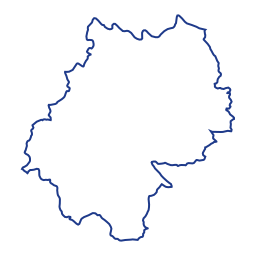 outline of Moc Chau, Son La, Vietnam
{"feature_id": "81297802B18330735489877", "entity_name": "Moc Chau", "entity_type": "district", "adm_level": 2, "iso_a3": "VNM", "parent_name": "Vietnam", "parent_adm1": "Son La", "projection": "orthographic", "projection_center": [104.628, 20.87], "detail": "fine", "context": "isolated", "style": "outline", "palette": "blue", "viewbox_px": 256, "rotation_deg": 0, "n_neighbors": 0, "source": "geoboundaries", "source_scale": "gbopen_adm2", "svg_char_len": 5736}
<svg xmlns="http://www.w3.org/2000/svg" viewBox="0 0 256 256"><path d="M87.0,51.5L87.2,52.1L88.0,52.9L90.6,54.3L90.6,54.6L89.0,55.3L87.7,56.5L87.8,58.0L87.4,59.1L86.0,60.8L84.4,63.7L83.6,66.3L83.3,66.5L82.4,66.3L78.6,63.7L77.8,63.4L76.8,63.7L72.7,69.9L69.1,71.7L66.6,71.9L65.1,71.8L65.0,72.1L65.3,73.4L66.4,75.9L67.4,79.4L68.9,81.8L68.9,82.5L67.6,84.7L67.2,85.7L67.5,86.5L68.5,87.3L69.4,87.7L69.7,88.4L69.4,89.9L68.9,91.0L68.6,91.1L66.9,91.1L66.4,91.6L65.6,93.6L65.0,95.5L64.4,96.8L63.5,97.8L61.8,99.2L57.4,102.0L56.6,103.3L55.2,104.0L50.5,104.9L48.8,104.9L48.6,105.4L49.2,107.8L50.1,109.5L50.5,111.1L50.3,112.0L48.8,114.7L48.8,115.4L50.6,117.5L50.8,119.8L50.7,120.1L47.7,119.5L46.4,119.7L44.8,119.3L43.3,119.5L42.6,120.2L42.0,119.9L41.0,119.9L36.7,121.7L32.5,125.2L32.5,125.5L33.4,127.6L33.0,128.6L31.6,129.7L31.2,130.5L31.2,131.0L31.7,132.1L31.9,133.0L32.0,134.2L31.8,135.0L31.1,135.9L30.9,137.0L30.0,139.4L29.1,140.5L28.0,140.9L27.6,141.2L27.2,141.8L26.6,143.4L26.9,145.9L25.5,150.6L25.2,150.9L24.7,152.3L24.8,152.8L25.6,153.6L26.1,154.0L27.9,154.9L29.2,156.3L29.7,157.2L30.0,158.7L30.0,160.6L29.9,161.1L29.3,162.2L26.9,165.3L24.5,166.8L23.2,167.3L22.7,167.7L22.0,169.0L23.0,169.5L24.3,170.9L26.3,172.1L27.4,173.2L27.8,172.8L28.4,171.5L30.2,170.0L31.6,170.0L33.9,169.7L36.8,168.8L38.5,169.1L39.2,170.6L39.3,174.9L39.5,176.0L40.8,178.6L42.2,179.6L43.7,180.1L45.7,179.8L48.2,180.0L48.5,179.8L49.6,179.6L50.0,179.7L50.2,180.2L50.1,181.5L50.1,181.9L50.5,182.7L51.2,183.4L52.2,183.9L53.9,185.2L56.4,186.1L56.8,186.4L57.2,187.1L57.4,188.0L57.2,190.3L57.6,193.8L58.0,195.3L59.4,197.5L59.7,198.2L59.9,199.3L59.8,203.6L59.5,206.6L59.7,207.9L60.4,209.9L61.7,211.5L62.0,213.5L62.3,214.2L63.1,215.2L64.9,216.9L66.8,217.2L68.6,216.6L70.3,216.9L70.4,217.4L69.5,218.7L69.7,219.1L70.3,219.5L71.6,219.7L73.3,220.8L76.5,223.7L78.1,224.6L79.3,223.9L81.2,219.3L81.8,218.6L84.0,217.1L88.7,215.2L92.7,213.1L93.7,213.1L95.5,213.4L97.5,215.2L99.6,215.0L100.3,215.6L101.7,217.8L102.6,218.6L104.5,219.9L107.0,222.0L109.2,224.0L110.1,225.5L110.9,227.0L111.4,228.7L110.9,231.3L110.4,233.4L110.4,234.8L110.9,235.5L112.2,236.0L113.0,236.6L114.6,238.4L115.8,238.9L117.1,238.8L117.8,239.0L118.4,239.4L119.0,240.0L120.0,240.5L121.4,240.6L125.2,240.0L131.1,239.6L132.7,239.4L137.7,239.9L138.5,238.8L139.4,237.9L140.8,237.1L142.5,236.8L142.7,236.5L143.1,235.7L143.2,233.7L143.9,232.9L144.2,232.4L144.2,230.3L144.3,230.1L145.7,229.1L146.7,228.7L147.6,228.5L147.7,228.3L147.6,228.2L146.5,227.9L146.0,227.6L144.8,226.7L144.3,226.0L143.8,224.9L143.6,223.7L143.7,222.5L143.6,221.8L143.0,220.6L143.2,219.4L143.6,218.3L145.4,216.4L146.9,213.8L147.6,212.0L148.6,210.0L149.0,207.2L149.1,204.5L148.6,199.1L148.8,197.4L149.1,196.4L149.4,196.0L151.3,195.8L153.9,194.9L155.4,193.6L156.6,192.2L157.0,190.0L157.4,189.3L159.6,187.1L161.3,184.7L161.8,184.2L164.9,186.3L166.1,186.9L168.2,187.2L171.6,186.9L171.7,186.1L170.9,184.0L169.4,183.0L167.0,181.1L163.4,177.8L161.4,175.7L159.7,173.2L155.0,168.4L153.9,166.5L152.4,164.6L151.6,162.5L151.9,161.9L153.8,161.5L155.3,161.5L156.0,161.9L158.0,163.8L158.9,163.9L161.9,163.6L164.1,163.2L164.7,162.9L165.5,162.9L167.4,163.9L170.7,165.1L172.3,165.2L174.7,164.9L176.4,164.9L177.0,165.1L177.6,165.8L178.0,166.0L179.8,165.2L181.4,165.0L184.7,165.1L185.6,165.3L186.1,164.9L187.2,163.5L188.6,163.1L192.3,163.4L193.3,163.2L194.0,162.9L196.1,160.3L196.5,160.0L197.6,160.1L199.4,160.6L203.6,159.9L204.2,159.4L204.6,158.8L205.3,156.6L204.4,156.1L203.2,155.1L202.8,153.4L203.0,152.6L203.8,151.2L204.6,149.7L205.1,149.0L205.2,147.4L206.0,147.2L209.6,145.0L211.2,143.7L212.8,143.0L214.0,142.0L216.0,141.8L216.4,141.6L216.3,141.3L213.2,138.5L213.1,136.9L213.4,136.1L213.5,135.1L210.8,131.2L211.5,131.5L211.8,131.8L221.0,132.0L223.0,131.9L227.4,130.9L228.4,130.9L231.2,131.3L231.3,131.2L231.6,129.6L230.5,127.8L230.9,123.9L230.6,122.9L230.7,121.2L233.0,119.4L234.0,119.0L234.0,117.8L233.1,116.7L230.1,114.4L228.9,112.0L227.4,110.6L226.6,110.4L226.3,110.1L226.2,109.7L226.6,108.5L228.9,108.6L229.3,108.4L229.9,107.5L230.3,107.0L230.5,106.7L230.4,106.3L230.1,106.1L229.8,105.7L229.7,105.3L229.9,104.4L230.0,104.0L231.0,102.8L231.6,101.7L230.8,99.8L229.3,98.0L229.1,97.4L229.1,96.1L229.7,95.3L230.0,94.7L229.9,93.2L229.7,92.9L227.9,93.2L227.4,93.0L227.8,92.4L228.6,92.3L229.4,91.8L230.2,90.6L230.3,89.7L229.9,88.8L228.3,87.6L225.8,88.1L223.7,89.0L221.3,88.6L220.5,88.0L219.5,88.0L217.8,88.5L216.3,87.9L215.0,86.9L214.9,86.6L214.9,85.0L214.6,83.9L215.2,83.5L216.2,83.4L217.1,82.5L217.4,82.0L217.5,80.5L217.8,79.1L219.2,76.9L220.7,75.7L221.0,74.1L220.5,73.1L219.3,72.2L218.6,71.2L218.5,70.4L218.9,68.3L218.3,66.2L218.3,65.2L218.7,63.1L217.2,60.8L215.3,56.2L214.0,55.2L213.1,53.9L211.4,50.7L210.4,49.1L209.9,47.0L207.7,43.9L203.7,39.6L203.7,39.1L205.1,37.2L205.3,35.0L205.0,34.2L204.6,31.4L204.9,30.1L205.3,29.7L199.3,28.3L196.5,26.8L191.8,25.0L186.9,23.4L184.9,21.8L182.1,18.5L179.5,16.0L178.6,15.4L177.4,15.5L176.8,17.0L176.0,23.1L175.1,24.5L174.7,25.9L173.9,27.0L172.9,27.8L170.5,28.3L167.6,29.1L164.3,31.1L160.7,34.5L159.3,36.4L157.8,37.2L155.6,37.2L151.7,36.2L148.2,33.0L146.7,31.3L145.3,30.3L143.9,30.3L142.9,31.0L142.1,32.8L142.2,38.5L141.4,39.4L139.4,39.6L136.8,38.7L134.6,37.3L131.2,32.9L128.6,31.1L127.0,30.8L124.7,31.2L122.7,31.0L122.0,30.3L119.4,28.1L117.2,25.7L115.2,23.9L113.9,23.8L113.2,24.3L112.3,25.3L112.4,28.1L111.6,28.9L109.9,29.3L107.6,28.7L104.9,26.9L103.9,25.1L102.3,24.9L101.2,24.0L98.3,20.6L96.0,18.5L94.7,18.2L94.1,18.2L92.8,19.7L92.1,22.1L91.8,22.7L88.0,26.7L87.8,28.0L88.0,29.8L87.2,32.2L86.4,36.4L86.8,39.2L87.1,39.7L88.0,40.1L89.0,39.9L90.9,40.0L91.8,40.1L92.5,40.5L93.1,41.4L93.6,43.9L93.6,44.9L93.5,45.8L92.5,47.6L91.6,48.5L90.5,48.1L89.6,48.0L89.1,48.2L88.3,49.1L87.0,51.5Z" fill="none" stroke="#1e3a8a" stroke-width="2"/></svg>